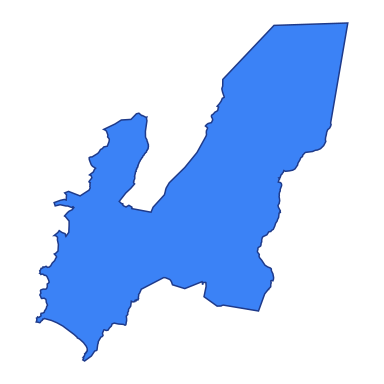 the district of Fljótsdalshérað, Austurland, Iceland, rotated 180°
{"feature_id": "244011B83679589752148", "entity_name": "Fljótsdalshérað", "entity_type": "district", "adm_level": 2, "iso_a3": "ISL", "parent_name": "Iceland", "parent_adm1": "Austurland", "projection": "albers", "projection_center": [-14.894, 65.096], "detail": "fine", "context": "isolated", "style": "filled", "palette": "blue", "viewbox_px": 384, "rotation_deg": 180, "n_neighbors": 0, "source": "geoboundaries", "source_scale": "gbopen_adm2", "svg_char_len": 5981}
<svg xmlns="http://www.w3.org/2000/svg" viewBox="0 0 384 384"><g transform="rotate(180 192 192)"><path d="M115.2,94.8L114.8,95.6L113.3,97.2L113.2,100.0L112.8,101.1L113.1,102.4L113.0,103.3L112.4,103.5L111.1,103.2L110.5,104.9L110.4,106.5L111.1,110.2L112.6,113.3L112.7,115.0L112.9,115.4L113.8,116.1L116.4,117.1L119.1,118.9L122.3,123.8L124.5,126.4L125.0,127.9L124.7,129.6L126.3,131.6L126.6,132.2L126.5,133.3L126.1,134.4L126.1,135.7L125.7,136.5L123.6,137.8L123.2,138.3L122.9,140.0L123.0,140.7L122.3,142.1L122.3,144.2L121.6,146.7L120.7,147.5L117.1,149.2L115.2,152.2L113.2,152.5L112.4,153.6L110.7,154.7L109.2,158.0L108.4,160.7L106.9,162.9L106.4,164.6L105.4,166.5L104.9,170.9L103.6,171.6L103.7,172.2L104.1,172.6L103.7,173.2L105.6,176.8L106.0,178.6L104.7,180.8L104.7,181.7L104.3,183.1L104.5,185.1L104.9,187.3L104.7,188.2L104.8,190.1L104.3,192.2L103.8,192.9L103.8,194.6L102.4,198.3L102.4,199.5L102.7,200.5L103.5,201.4L105.7,201.9L105.2,203.8L104.4,205.1L105.2,206.1L103.9,206.4L102.9,209.2L102.0,209.9L101.7,210.7L100.8,211.6L100.1,213.5L98.7,212.7L94.8,213.1L91.3,213.8L89.0,215.1L86.3,219.1L86.3,220.1L85.6,221.6L84.3,223.7L83.2,226.3L81.6,227.4L81.4,227.9L81.3,228.8L79.3,231.0L78.5,231.6L71.4,232.5L68.7,233.7L66.5,234.0L63.5,235.3L60.3,238.4L58.2,242.5L58.6,244.1L58.4,246.5L57.6,249.7L57.3,251.8L56.3,254.3L54.3,256.0L53.3,258.0L52.9,259.4L53.4,260.9L36.2,361.0L110.0,358.6L161.2,304.6L161.3,297.9L162.1,295.6L162.1,294.8L161.4,291.8L159.8,287.1L159.8,286.6L161.7,285.7L162.8,282.9L164.9,279.9L166.9,277.7L165.4,276.9L166.1,274.9L166.0,274.2L166.2,273.9L167.0,272.9L169.0,271.9L170.8,269.9L172.4,268.8L172.6,267.8L172.5,267.1L171.7,265.7L171.3,264.0L172.6,261.4L175.9,260.5L177.5,259.3L178.6,258.0L176.5,256.3L176.5,255.5L177.6,253.2L177.7,251.4L177.5,249.2L178.0,247.8L187.0,231.5L199.2,216.5L214.7,201.3L217.7,196.2L218.3,194.6L218.8,192.1L219.6,189.2L230.9,176.8L233.0,171.8L252.2,175.4L252.3,175.8L252.0,176.6L252.1,176.9L255.1,178.7L258.0,177.0L260.3,178.1L261.4,179.2L261.1,179.8L261.3,180.3L262.0,180.2L262.9,180.8L264.8,182.6L258.2,191.0L253.3,195.6L249.4,200.1L250.4,201.1L250.5,201.6L250.1,202.3L250.4,202.8L249.3,205.2L249.2,206.4L249.5,207.4L249.2,207.7L249.3,208.2L248.6,211.1L248.6,212.0L247.8,212.7L248.0,213.4L247.7,214.4L247.4,214.6L247.2,215.4L247.3,215.8L246.8,216.1L246.2,217.1L246.3,217.7L245.9,218.2L246.1,218.5L245.0,220.9L245.0,221.3L243.7,223.4L243.6,224.0L242.7,225.1L242.3,226.1L241.7,226.4L240.8,228.4L240.1,228.8L239.4,230.3L238.9,230.6L238.5,231.4L237.6,231.9L237.3,233.4L236.8,233.7L236.6,234.5L236.1,234.8L235.9,235.8L235.7,236.0L235.8,236.6L235.5,237.9L235.7,238.2L235.6,239.4L236.1,240.5L236.1,240.8L236.4,241.2L236.4,241.9L236.9,242.8L237.1,244.2L238.3,246.3L238.5,247.1L238.6,252.7L237.1,263.0L237.1,263.6L237.5,265.2L237.2,266.9L237.9,266.6L241.6,268.5L242.2,268.4L245.1,270.8L247.6,270.2L253.0,264.6L262.7,264.0L269.0,260.0L280.3,254.6L278.2,253.6L277.4,252.5L276.1,248.9L276.4,247.1L275.0,245.4L274.7,244.5L274.9,242.6L276.7,237.8L280.2,237.1L281.8,235.3L283.5,234.5L284.7,232.4L286.2,230.6L291.9,227.1L293.5,227.0L294.8,226.4L294.8,224.9L294.5,223.8L292.8,219.3L291.5,217.7L288.4,215.8L289.6,214.5L290.6,212.1L294.5,209.1L292.9,208.4L292.1,206.2L295.0,202.5L294.7,201.7L293.7,201.3L294.1,199.9L293.9,198.8L294.2,197.7L293.8,196.1L294.9,193.9L303.9,188.1L315.5,192.6L319.3,191.1L317.5,189.2L317.8,184.0L319.6,184.6L323.5,183.7L329.9,181.4L328.8,178.1L323.9,179.3L318.0,178.0L316.2,178.0L312.0,176.4L311.6,177.0L311.0,177.3L310.1,176.4L311.8,174.3L314.9,172.8L316.5,171.4L319.5,168.0L318.5,167.3L314.9,162.9L314.9,158.5L315.2,151.7L315.3,151.5L318.1,147.6L318.3,148.0L318.6,149.7L319.0,150.4L322.0,151.5L324.8,153.4L326.1,151.5L329.8,148.5L328.6,148.5L326.6,146.9L326.4,146.3L326.6,144.1L325.6,139.5L326.0,133.0L328.3,130.7L329.7,130.0L327.9,128.0L327.4,127.0L328.4,125.5L329.3,123.4L331.8,120.9L333.4,118.0L334.0,117.7L334.5,117.0L336.5,116.6L337.0,116.8L337.4,117.5L338.0,117.7L339.6,116.9L341.0,117.1L341.3,116.0L343.0,115.6L343.3,114.3L344.3,113.2L343.8,112.0L344.0,111.0L344.3,110.7L343.6,110.3L343.1,109.5L342.2,109.9L341.2,109.8L340.3,109.4L339.8,108.7L338.2,108.6L337.1,107.6L335.6,104.4L334.8,101.9L335.5,100.9L336.8,100.0L336.7,97.3L337.2,95.8L337.8,95.1L338.4,94.8L340.8,94.9L343.1,94.1L343.5,93.6L343.5,92.8L343.1,90.8L344.0,89.5L344.1,88.9L343.5,87.9L342.9,86.2L342.4,85.5L339.8,85.8L338.2,84.7L337.9,83.8L337.7,81.7L336.5,78.9L337.4,77.3L337.7,75.7L339.5,72.9L339.8,71.6L341.3,70.9L342.9,70.7L343.2,69.9L343.0,68.1L345.2,66.5L346.4,67.1L346.8,66.2L347.5,65.9L347.1,64.1L347.8,62.0L345.9,61.8L344.5,61.3L343.8,61.5L343.0,62.8L341.6,63.8L341.6,64.3L341.1,65.0L340.3,64.9L339.6,65.5L332.4,63.5L327.0,61.2L321.2,58.0L310.0,49.6L306.9,46.8L306.7,46.1L304.5,45.0L300.5,41.4L297.8,37.8L296.9,35.8L296.7,34.6L296.9,34.0L296.7,33.8L296.7,33.1L297.3,32.6L297.3,32.2L297.5,32.0L297.8,31.9L297.8,31.4L298.4,31.2L298.4,30.7L299.3,30.2L299.1,29.8L299.2,29.5L299.2,29.3L299.9,27.8L300.3,27.6L300.6,27.9L300.4,27.3L300.2,27.1L300.9,26.4L300.5,26.3L300.5,25.3L301.2,24.1L299.4,23.0L292.6,28.0L289.3,33.0L287.8,33.4L287.0,34.0L286.3,39.5L285.8,40.9L285.7,42.4L283.1,46.9L281.9,47.4L281.0,48.4L281.0,48.7L281.4,50.1L281.5,50.9L280.1,54.2L279.8,54.3L277.9,53.5L276.0,53.8L274.6,56.0L272.6,58.0L271.9,60.1L269.7,60.9L265.7,60.0L260.5,59.6L259.0,58.8L258.4,59.0L258.0,59.8L257.8,61.6L257.4,63.1L257.4,65.2L257.7,67.9L256.3,69.4L256.2,69.7L256.4,71.3L255.5,72.9L255.5,74.3L255.3,74.9L253.3,77.8L252.7,82.8L251.0,82.0L250.1,82.4L249.2,82.3L248.8,82.9L249.0,83.6L248.7,83.8L247.8,83.3L247.5,84.2L246.8,84.5L246.4,84.0L246.1,84.0L245.4,85.6L245.7,86.7L245.3,88.3L245.4,89.6L244.6,90.5L242.7,94.8L220.4,106.4L218.6,106.3L214.4,104.6L213.6,103.9L212.6,102.3L211.5,99.2L199.2,95.4L182.0,102.3L181.5,100.4L181.6,100.0L181.5,99.9L181.0,100.1L181.2,100.7L180.8,101.5L178.3,101.6L178.1,101.4L177.9,97.6L180.0,87.3L166.9,77.9L162.9,78.0L162.2,78.5L160.7,78.9L125.5,73.0L119.3,90.1L115.4,95.0L115.2,94.8Z" fill="#3b82f6" stroke="#1e3a8a" stroke-width="1.5"/></g></svg>